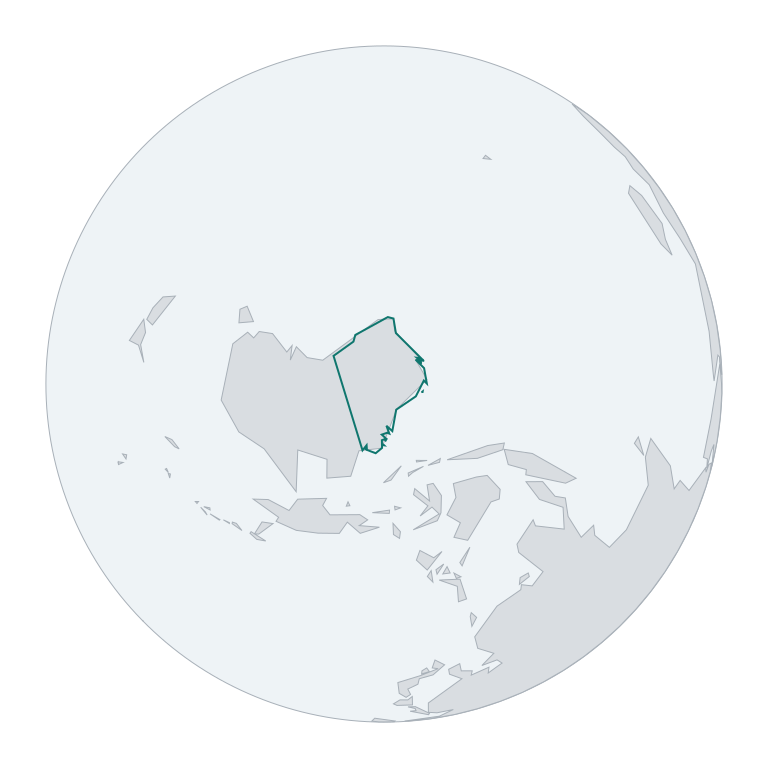 Western Australia highlighted on a globe, orthographic projection, rotated 160°
{"feature_id": "AUS-2651", "entity_name": "Western Australia", "entity_type": "State", "adm_level": 1, "iso_a3": "AUS", "parent_name": "Australia", "parent_adm1": "", "projection": "orthographic", "projection_center": [121.445, -24.431], "detail": "coarse", "context": "on_globe", "style": "outline", "palette": "teal", "viewbox_px": 768, "rotation_deg": 160, "n_neighbors": 0, "source": "natural_earth", "source_scale": "10m", "svg_char_len": 5985}
<svg xmlns="http://www.w3.org/2000/svg" viewBox="0 0 768 768"><g transform="rotate(160 384 384)"><circle cx="384" cy="384" r="338" fill="#eef3f6" stroke="#a8b0b8"/><path d="M661.0,399.1L660.7,401.6L660.3,401.8L661.0,399.1ZM691.9,244.8L691.2,243.2L691.3,243.4L691.9,244.8ZM498.9,66.2L499.7,66.5L504.5,68.3L510.8,71.4L507.0,73.1L488.8,63.5L489.8,63.1L498.9,66.2ZM477.1,59.1L476.1,59.0L479.9,60.2L445.6,52.9L430.2,54.4L446.6,56.9L454.6,60.3L451.4,69.1L411.6,80.4L421.7,88.9L420.8,93.8L408.5,95.3L409.5,88.0L399.2,84.3L401.6,80.6L382.2,82.0L384.9,76.8L368.5,81.4L372.1,86.1L388.3,86.0L372.9,93.4L386.3,103.5L385.2,115.4L353.8,136.6L325.8,143.9L323.5,148.4L313.8,143.6L298.7,153.3L315.0,179.6L313.8,188.0L290.3,205.4L290.2,198.9L264.3,186.0L257.9,206.9L277.4,222.4L284.0,243.6L268.3,238.0L261.7,220.0L252.6,214.9L256.3,196.6L251.1,172.5L235.3,179.6L237.7,169.7L228.1,153.4L206.1,164.1L170.3,198.5L163.4,225.9L151.9,241.6L142.9,209.2L147.2,186.2L138.7,192.1L133.8,179.6L110.3,195.3L111.6,191.0L106.1,197.4L103.4,197.8L107.2,190.8L103.4,195.8L94.6,214.4L99.2,209.3L109.5,194.5L105.7,203.0L108.9,205.8L88.8,238.9L61.5,288.2L66.6,269.2L69.9,259.4L79.4,237.7L90.4,216.7L102.8,196.5L116.7,177.3L131.8,159.1L148.2,142.0L165.7,126.1L184.3,111.4L203.9,98.1L224.4,86.2L245.6,75.7L267.5,66.8L290.0,59.4L313.0,53.6L336.3,49.5L359.9,46.9L383.5,46.1L407.2,46.9L430.8,49.3L454.1,53.4L477.1,59.1ZM63.4,277.1L61.0,289.9L59.5,294.7L60.4,296.9L72.8,273.9L71.1,281.1L60.5,322.3L50.3,390.3L56.1,419.9L63.0,449.1L66.6,480.5L76.3,500.8L79.6,515.1L86.5,527.7L94.9,546.0L105.0,567.2L111.5,582.8L104.0,572.7L99.2,565.9L86.5,544.2L75.4,521.8L66.1,498.5L58.5,474.6L52.6,450.3L48.6,425.5L46.5,400.6L46.2,375.5L47.7,350.5L51.2,325.7L56.4,301.2L63.4,277.1ZM132.3,158.6L135.3,155.4L141.6,148.5L132.3,158.6ZM149.4,140.8L149.6,140.6L149.4,140.8ZM206.8,558.6L213.8,562.0L210.4,564.2L206.8,558.6ZM75.8,420.8L89.0,479.6L85.1,486.3L77.4,473.0L67.8,439.7L70.1,423.7L69.2,406.5L75.8,420.8ZM369.6,297.4L380.1,299.6L379.8,301.2L369.6,297.4ZM358.6,291.4L370.5,292.5L356.6,294.7L358.6,291.4ZM375.1,293.1L387.3,291.0L392.5,289.0L391.7,292.1L375.1,293.1ZM350.6,291.2L307.7,290.7L291.1,287.4L294.8,281.6L321.7,282.2L350.6,291.2ZM293.4,281.5L268.3,267.9L235.7,229.7L247.3,228.7L281.8,250.2L279.5,254.9L294.8,265.8L293.4,281.5ZM355.2,252.8L352.9,266.7L329.0,265.0L318.3,262.8L310.9,245.3L315.0,236.5L323.8,236.6L358.8,208.5L370.7,216.0L359.7,227.5L369.6,239.5L355.2,252.8ZM164.3,228.0L169.0,242.6L163.1,247.3L164.3,228.0ZM373.8,190.3L359.1,201.3L372.8,186.4L373.8,190.3ZM382.5,176.6L382.9,182.4L377.6,176.5L382.5,176.6ZM322.3,155.5L313.1,157.1L313.3,153.4L325.3,149.4L322.3,155.5ZM384.3,126.2L382.5,136.0L380.2,139.3L376.8,133.0L384.3,126.2ZM581.4,518.7L584.8,525.9L575.1,534.6L561.9,541.4L550.0,538.0L581.4,518.7ZM486.0,503.9L485.3,487.3L499.4,491.1L493.8,503.5L486.0,503.9ZM590.5,513.9L599.2,504.3L602.3,486.4L601.4,504.5L608.4,512.0L587.6,527.0L590.5,513.9ZM433.4,427.3L367.5,446.6L352.8,442.0L355.9,430.3L341.2,395.2L346.0,396.0L342.1,373.6L380.7,356.0L408.2,324.5L430.4,329.8L446.8,308.7L469.9,315.1L463.3,332.7L487.6,351.5L503.4,312.8L518.8,364.1L536.8,388.6L542.5,424.6L512.3,473.5L494.4,479.3L490.7,471.9L483.3,476.0L471.5,469.5L464.4,447.3L457.2,451.6L463.9,438.5L453.6,449.0L447.2,435.1L433.4,427.3ZM598.7,393.1L602.2,396.7L607.9,409.6L602.3,404.3L598.7,393.1ZM652.1,401.8L653.6,407.7L650.0,405.5L652.1,401.8ZM660.3,401.8L656.0,399.5L661.0,399.1L660.3,401.8ZM616.9,374.5L618.7,378.8L617.2,379.0L616.9,374.5ZM615.5,372.5L617.5,368.9L617.3,373.7L615.5,372.5ZM598.5,337.0L600.6,335.7L601.5,338.1L598.5,337.0ZM395.7,301.2L410.2,291.3L418.3,291.4L395.7,301.2ZM595.3,330.4L590.0,327.2L590.5,325.1L595.3,330.4ZM595.6,324.9L595.0,321.3L598.4,330.9L595.6,324.9ZM585.3,312.4L591.9,321.5L584.6,312.7L585.3,312.4ZM581.4,311.3L576.7,306.6L577.0,305.8L581.4,311.3ZM528.6,294.8L546.3,320.6L532.3,315.0L516.5,297.6L504.5,305.3L477.1,296.2L483.2,290.8L479.5,279.5L451.4,269.5L445.8,261.9L455.7,259.4L437.3,251.0L457.4,251.8L465.7,266.7L477.1,258.9L497.0,266.4L516.5,276.5L532.4,291.9L528.6,294.8ZM457.7,281.3L461.2,282.1L458.1,285.6L457.7,281.3ZM567.6,294.9L574.5,304.7L573.7,306.1L570.4,303.5L567.6,294.9ZM536.0,290.8L553.0,285.8L557.0,287.5L545.8,296.1L536.0,290.8ZM548.8,276.9L556.7,281.5L561.0,289.6L559.4,290.7L548.8,276.9ZM416.7,261.9L415.9,265.5L410.7,261.9L416.7,261.9ZM423.3,260.6L439.0,267.1L421.9,263.6L423.3,260.6ZM376.6,243.0L381.0,251.9L395.2,247.6L384.4,254.5L394.1,269.9L390.9,275.2L381.2,258.5L378.0,274.5L371.8,273.8L368.2,259.6L374.5,243.5L380.7,237.3L406.4,237.0L376.6,243.0ZM423.2,250.0L419.1,239.6L422.2,233.6L426.6,239.3L423.2,250.0ZM407.2,215.3L396.7,203.7L386.8,206.8L407.0,194.4L413.8,207.4L407.2,215.3ZM398.7,191.7L389.4,194.4L399.2,187.1L398.7,191.7ZM387.2,190.8L386.5,183.8L393.7,185.4L387.2,190.8ZM403.5,192.5L405.8,181.1L409.1,188.3L403.5,192.5ZM384.3,168.8L399.2,180.9L379.3,174.6L379.9,153.8L388.5,153.9L384.3,168.8ZM441.0,102.6L439.7,98.2L447.8,98.7L446.4,101.5L441.0,102.6ZM473.1,98.7L449.6,97.5L430.5,98.0L435.8,100.7L430.5,107.2L423.1,99.4L437.4,93.9L451.6,95.0L454.8,90.3L466.0,89.2L465.2,83.2L470.4,82.0L475.5,88.1L473.1,98.7ZM464.3,80.7L467.0,72.7L481.7,77.5L484.5,80.2L477.0,81.7L469.6,79.0L464.3,80.7ZM471.9,72.4L464.9,70.1L453.9,59.0L455.2,58.0L471.4,67.6L465.6,66.1L465.7,68.4L471.9,72.4Z" fill="#d9dde1" stroke="#a8b0b8" stroke-width="1"/><path d="M421.8,427.7L398.2,434.3L394.2,439.9L357.6,445.6L352.7,442.3L355.4,427.8L340.3,395.5L344.1,397.4L341.5,392.9L341.9,391.6L346.0,396.1L340.9,385.2L343.6,369.8L345.4,373.6L358.3,361.5L381.3,355.7L392.3,336.9L396.0,343.9L396.0,335.6L397.7,337.1L403.4,337.2L400.7,331.9L405.2,331.9L407.7,324.6L415.5,321.8L422.6,327.9L421.3,332.4L426.9,329.0L421.8,427.7ZM339.0,391.6L340.5,395.4L339.1,393.3L339.0,391.6ZM350.9,362.6L350.8,363.6L350.2,363.8L350.9,362.6ZM401.8,330.3L402.2,331.1L401.1,330.9L401.8,330.3ZM404.8,326.3L405.4,326.6L405.1,326.9L404.8,326.3ZM423.5,329.0L423.7,329.9L423.3,328.9L423.5,329.0Z" fill="none" stroke="#0f766e" stroke-width="2"/></g></svg>